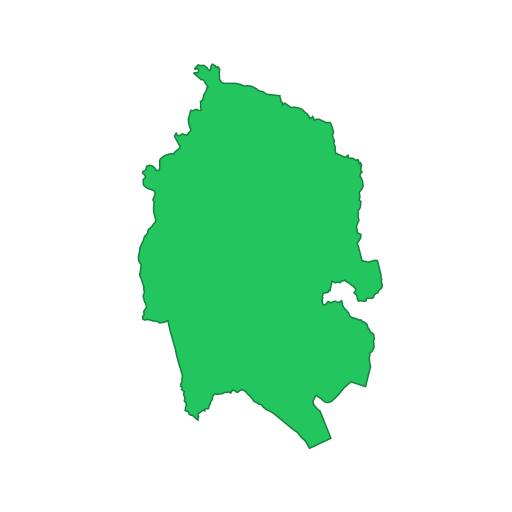 Fianarantsoa I, Haute Matsiatra, Madagascar (Equal Earth projection), rotated 345°
{"feature_id": "10022922B21478747844721", "entity_name": "Fianarantsoa I", "entity_type": "district", "adm_level": 2, "iso_a3": "MDG", "parent_name": "Madagascar", "parent_adm1": "Haute Matsiatra", "projection": "equal_earth", "projection_center": [47.084, -21.453], "detail": "fine", "context": "isolated", "style": "filled", "palette": "green", "viewbox_px": 512, "rotation_deg": 345, "n_neighbors": 0, "source": "geoboundaries", "source_scale": "gbopen_adm2", "svg_char_len": 6105}
<svg xmlns="http://www.w3.org/2000/svg" viewBox="0 0 512 512"><g transform="rotate(345 256 256)"><path d="M281.2,451.4L277.7,422.4L275.9,420.1L273.4,414.8L273.2,413.6L273.6,410.7L277.9,406.0L282.1,410.9L284.3,414.4L286.8,416.0L290.9,416.2L299.2,411.7L306.4,406.5L315.1,402.1L328.0,410.5L338.2,392.2L338.0,390.4L338.9,384.0L339.6,382.8L340.9,379.1L342.4,378.7L344.3,377.4L346.3,375.0L347.6,368.4L348.9,366.7L348.9,364.9L349.5,362.4L348.8,361.1L346.8,358.9L346.5,356.5L345.8,355.1L345.6,354.0L345.5,350.5L343.2,347.7L341.6,346.7L341.0,344.9L338.9,344.5L336.4,342.3L335.5,342.1L334.6,341.0L333.4,341.0L331.2,338.7L330.7,336.8L330.8,334.8L330.5,334.1L329.8,333.7L329.2,331.7L327.8,329.6L326.8,325.2L327.3,323.9L327.1,321.4L323.8,322.2L321.7,321.3L321.4,320.4L320.4,320.0L317.3,320.5L315.7,320.2L314.9,319.9L314.8,319.0L313.9,318.7L313.1,318.9L312.6,319.5L310.3,320.9L308.9,320.8L308.2,320.4L308.1,317.2L308.7,316.1L308.5,315.7L309.0,314.4L309.7,313.9L309.6,312.1L310.9,310.0L312.5,309.3L316.1,309.9L317.1,308.5L318.1,308.1L318.5,308.7L322.9,300.0L325.4,302.3L328.3,302.4L330.7,303.6L331.5,302.7L332.6,302.3L334.1,302.6L336.0,302.4L336.2,303.7L337.9,305.5L338.7,305.5L340.0,308.1L340.9,309.2L342.1,309.9L342.7,311.7L343.4,312.5L343.6,314.5L342.6,315.9L341.2,316.9L343.2,320.3L342.8,324.9L343.4,326.1L345.6,326.4L349.6,328.0L350.6,327.8L351.7,325.8L353.6,325.3L354.7,326.3L358.0,326.9L359.4,325.6L359.8,324.6L360.4,324.0L362.8,323.1L364.3,323.0L365.7,321.1L368.5,319.8L369.7,318.8L370.5,316.4L370.3,313.3L371.3,311.2L371.3,308.7L371.9,305.5L372.1,291.8L369.5,290.9L362.4,291.0L360.6,289.7L357.2,288.0L357.4,272.8L357.0,269.7L359.4,268.0L361.8,265.5L362.9,262.3L360.0,259.9L360.8,253.2L364.7,248.1L364.8,243.8L365.9,241.3L365.9,239.4L368.9,236.5L370.3,233.7L371.4,230.3L370.2,229.1L370.2,228.0L371.1,227.4L371.3,226.1L371.9,225.3L372.0,222.2L372.8,220.7L375.8,218.8L377.6,216.1L378.2,211.6L378.0,208.1L377.3,206.5L377.3,204.7L379.3,202.8L380.3,202.3L379.5,200.7L379.5,199.1L380.5,197.7L380.4,196.7L381.0,196.5L381.6,195.7L381.1,194.4L380.1,194.4L379.6,194.0L379.9,193.3L381.1,193.4L381.1,192.9L379.8,192.3L379.3,191.4L379.2,190.8L379.8,190.5L379.7,189.7L378.6,189.0L377.4,189.5L376.6,189.1L375.7,187.4L375.1,187.3L374.7,186.6L371.0,185.6L370.8,184.6L371.1,183.9L371.0,182.4L367.6,183.9L366.2,182.4L364.8,181.8L363.8,180.4L362.2,179.8L360.9,178.0L359.6,177.9L360.0,173.6L360.8,171.6L360.3,167.3L360.7,166.2L361.3,165.9L361.5,165.0L361.0,160.8L361.1,159.1L361.5,158.2L362.5,157.5L363.0,156.3L363.0,150.5L362.5,148.7L362.8,148.0L361.9,146.1L358.6,145.5L352.2,140.2L349.3,139.6L347.4,140.0L347.2,137.1L346.8,135.9L345.7,137.0L344.0,136.5L343.4,136.9L343.3,134.8L342.4,132.5L340.2,129.2L338.7,126.5L336.7,124.8L331.6,122.1L329.7,122.0L327.8,121.1L323.4,115.7L320.8,116.9L321.0,114.2L320.3,113.4L320.2,112.5L320.5,111.4L320.2,108.3L320.6,107.4L308.3,102.6L305.0,98.9L302.7,97.9L300.9,96.4L299.7,94.7L296.4,91.5L295.0,90.6L291.4,89.1L289.1,89.2L286.5,87.0L281.2,84.0L269.6,80.9L268.0,79.6L266.7,76.9L266.7,74.6L267.5,72.0L267.7,69.9L269.2,66.5L268.8,64.4L268.2,63.5L267.7,63.2L267.5,63.5L266.7,63.5L266.1,63.0L265.8,61.6L263.5,59.4L262.0,60.5L260.3,64.2L259.4,65.0L258.1,63.5L257.5,62.2L257.5,61.5L255.1,58.4L251.2,57.5L249.6,56.4L245.4,58.9L245.7,59.9L247.7,59.8L248.5,60.6L248.4,62.2L247.6,63.5L246.7,63.9L243.7,63.0L243.4,63.8L248.7,71.5L250.5,72.1L251.7,74.5L251.6,75.5L252.9,78.6L253.1,80.5L252.3,80.6L250.1,84.3L247.2,86.8L245.9,89.7L244.5,91.9L244.2,92.1L243.5,91.8L243.0,92.6L242.3,92.5L241.6,96.3L240.8,98.6L241.1,100.8L240.0,101.2L239.0,100.9L236.9,99.6L236.7,99.0L235.0,98.9L232.5,99.4L231.1,98.4L230.6,98.8L229.4,100.2L229.3,101.0L226.3,105.8L225.4,109.1L225.3,113.9L225.5,115.7L225.8,115.9L225.9,116.4L225.0,118.3L222.3,119.8L221.5,121.4L218.4,120.5L217.1,119.2L216.3,119.0L213.3,119.8L212.1,119.7L211.2,118.9L210.9,116.8L209.8,117.2L208.5,118.9L208.3,119.6L210.6,129.1L211.0,129.8L210.8,131.3L210.2,132.0L204.1,134.8L202.8,136.3L202.0,135.6L197.7,134.9L197.0,135.4L195.3,135.2L193.6,135.6L190.4,136.6L188.6,137.7L187.7,138.7L185.9,145.9L185.1,147.3L184.1,148.3L182.0,147.6L180.1,143.1L177.2,140.9L173.9,140.9L173.2,141.4L172.2,143.9L171.3,144.5L168.9,145.1L168.3,145.7L168.0,146.5L168.2,147.2L169.5,149.0L169.6,151.2L169.1,151.9L167.0,152.8L166.3,154.6L165.7,158.2L167.3,161.0L169.0,162.8L174.4,166.4L174.9,168.6L174.4,170.6L171.1,174.7L171.1,176.5L171.5,177.7L169.5,183.1L168.6,186.8L168.4,195.7L167.0,197.7L165.2,198.6L163.2,200.4L158.8,202.6L158.6,203.3L158.1,203.6L157.3,206.1L156.0,206.5L154.6,207.9L154.2,207.7L153.7,208.6L152.9,208.9L150.9,212.3L148.4,214.9L145.8,218.4L145.3,220.1L141.9,227.1L141.6,231.0L142.8,234.9L139.9,242.0L139.0,242.8L138.8,245.7L139.3,248.3L139.7,257.5L139.1,258.1L138.9,259.9L139.2,260.5L138.8,260.8L139.0,261.9L137.9,263.8L137.4,263.9L136.6,266.0L136.5,270.0L136.6,272.1L137.1,273.0L137.2,276.0L136.8,277.3L133.5,280.2L133.0,281.0L133.0,282.6L132.2,284.4L130.9,284.8L130.4,287.9L132.3,289.3L133.3,288.8L136.4,290.0L139.5,292.0L144.0,293.8L145.4,295.7L149.6,296.2L152.3,296.0L154.1,295.4L153.7,305.5L154.0,325.2L153.6,330.4L153.6,340.7L154.0,349.8L153.9,353.0L152.4,356.1L152.3,357.8L150.2,360.2L149.5,362.4L150.6,363.3L150.7,364.3L149.5,365.6L151.7,368.7L150.7,369.7L150.2,372.0L150.8,374.7L149.3,376.9L149.3,378.2L150.5,379.1L150.3,381.1L149.7,382.8L148.9,383.6L147.5,387.1L150.2,388.7L150.6,391.7L151.7,392.8L153.4,393.4L156.9,398.9L157.5,399.4L158.4,396.7L159.1,396.2L158.7,394.0L159.2,393.5L165.1,391.3L166.3,392.4L167.1,390.7L167.6,390.5L170.2,391.2L170.8,390.9L171.5,389.1L173.6,387.0L174.5,384.8L176.2,383.8L177.6,380.9L178.9,379.3L180.2,378.8L182.1,379.0L183.0,379.9L185.0,379.7L187.7,380.3L190.6,379.6L192.2,380.2L195.1,380.3L195.6,381.7L196.4,381.6L198.2,379.6L199.0,379.5L199.1,380.0L201.1,380.9L201.9,382.5L202.5,382.9L204.0,382.6L205.6,381.8L207.1,381.7L207.5,381.2L208.0,381.4L210.9,384.1L211.3,385.4L215.0,391.9L216.2,395.3L217.0,396.5L218.9,398.0L220.2,399.7L222.7,401.1L224.1,404.3L226.8,407.7L228.6,408.8L232.5,412.9L247.2,433.6L250.4,437.2L252.5,442.2L256.0,448.1L257.9,455.6L281.2,451.4Z" fill="#22c55e" stroke="#15803d" stroke-width="1.5"/></g></svg>